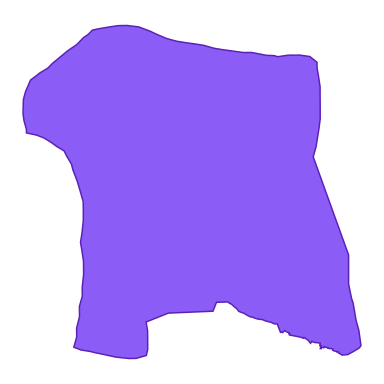 Ifedore, Ondo, Nigeria (orthographic projection)
{"feature_id": "59680162B99856631560735", "entity_name": "Ifedore", "entity_type": "district", "adm_level": 2, "iso_a3": "NGA", "parent_name": "Nigeria", "parent_adm1": "Ondo", "projection": "orthographic", "projection_center": [5.135, 7.355], "detail": "fine", "context": "isolated", "style": "filled", "palette": "violet", "viewbox_px": 384, "rotation_deg": 0, "n_neighbors": 0, "source": "geoboundaries", "source_scale": "gbopen_adm2", "svg_char_len": 2546}
<svg xmlns="http://www.w3.org/2000/svg" viewBox="0 0 384 384"><path d="M317.0,62.3L309.8,56.5L299.6,55.1L288.0,55.2L281.2,56.2L277.9,56.7L273.9,55.6L266.3,55.3L251.8,52.5L243.1,52.5L233.0,51.1L222.8,49.7L214.2,48.3L204.0,45.4L195.3,44.0L185.2,42.6L176.5,41.2L166.3,38.4L156.2,34.1L151.2,31.7L150.6,31.4L138.7,26.9L127.2,25.5L118.5,25.6L108.3,27.1L99.7,28.6L96.2,29.3L92.4,30.1L88.1,34.5L83.8,37.4L76.6,44.7L67.9,50.6L52.1,63.7L47.8,68.1L40.3,72.6L34.9,76.8L30.5,80.1L25.5,91.7L23.7,98.4L23.4,99.6L23.2,106.7L23.0,113.6L24.0,120.7L26.4,129.3L26.4,132.9L36.5,135.1L43.8,137.9L51.0,142.3L56.9,146.6L64.1,150.9L67.0,156.7L71.4,164.0L72.9,169.8L77.3,181.4L78.2,184.5L80.3,191.5L83.2,201.7L83.3,209.0L83.3,220.6L81.9,233.7L80.5,242.4L82.0,251.1L83.5,261.3L83.6,274.4L82.2,287.5L82.3,296.2L79.4,306.4L79.5,316.6L76.6,328.2L76.7,337.0L73.8,347.2L81.1,350.0L89.8,351.4L95.6,352.8L102.9,354.3L115.9,357.1L129.0,358.5L136.2,358.4L146.3,355.5L147.7,349.7L147.7,343.8L147.6,330.8L146.1,322.0L168.4,313.1L194.2,312.0L213.0,311.2L216.5,302.3L225.4,302.0L227.8,301.9L229.2,303.1L231.5,304.2L235.0,307.4L236.2,308.2L237.6,309.6L238.3,310.9L239.1,311.5L240.8,312.2L242.2,312.7L243.5,313.1L244.5,313.6L245.5,314.3L247.0,315.1L248.1,315.8L249.8,316.6L251.3,317.1L252.3,317.0L254.4,318.0L256.2,318.6L258.0,319.1L260.2,319.4L261.6,319.4L263.4,320.0L265.1,320.8L266.7,321.2L268.4,321.7L270.5,322.1L274.2,323.8L275.4,324.0L277.2,323.8L278.8,328.0L280.5,332.4L281.7,331.8L282.6,332.6L283.1,332.2L283.5,331.8L283.7,331.6L284.7,330.5L285.1,330.8L286.4,331.8L289.1,332.8L288.8,333.8L289.6,334.1L289.9,334.2L289.6,335.0L300.3,337.1L303.7,338.3L304.1,337.5L307.9,340.1L309.2,341.6L309.3,341.8L309.8,342.2L310.1,342.8L310.6,343.3L311.1,342.5L311.9,341.3L312.4,341.6L314.2,342.4L319.6,343.0L320.2,343.1L319.8,345.2L320.7,345.4L320.4,346.3L320.9,346.4L320.8,346.8L320.7,347.1L320.5,348.1L320.3,348.5L321.2,348.7L321.5,347.1L323.8,347.8L324.3,346.6L326.1,347.3L327.7,347.8L327.7,348.1L328.5,348.2L328.5,348.3L329.1,348.5L329.8,348.5L331.2,348.7L332.9,348.9L332.8,349.3L332.7,350.2L333.5,350.5L333.7,350.8L334.6,351.0L335.2,351.2L336.5,351.2L336.9,352.1L338.5,351.8L338.9,352.5L338.6,353.0L339.3,353.4L342.1,355.1L347.8,354.6L351.2,352.7L353.3,351.6L359.1,348.1L361.0,345.7L359.7,336.4L358.8,330.2L356.1,320.4L353.1,302.9L351.6,298.6L348.6,284.0L348.6,255.0L329.6,202.3L325.9,192.1L313.2,156.8L316.1,146.6L318.0,134.5L318.9,129.1L320.2,119.0L320.2,114.6L320.2,108.8L320.1,95.7L320.1,87.0L318.6,76.8L317.1,68.1L317.0,62.3Z" fill="#8b5cf6" stroke="#5b21b6" stroke-width="1.5"/></svg>